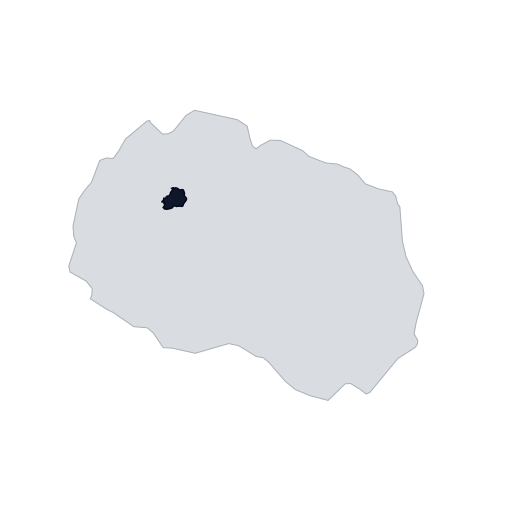 Oslomej, Oslomej, North Macedonia (highlighted), rotated 36°
{"feature_id": "65306769B21440943325425", "entity_name": "Oslomej", "entity_type": "district", "adm_level": 2, "iso_a3": "MKD", "parent_name": "North Macedonia", "parent_adm1": "Oslomej", "projection": "robinson", "projection_center": [21.017, 41.59], "detail": "fine", "context": "in_parent", "style": "filled", "palette": "ink", "viewbox_px": 512, "rotation_deg": 36, "n_neighbors": 0, "source": "geoboundaries", "source_scale": "gbopen_adm2", "svg_char_len": 1779}
<svg xmlns="http://www.w3.org/2000/svg" viewBox="0 0 512 512"><g transform="rotate(36 256 256)"><path d="M232.3,143.4L240.2,144.3L257.5,139.8L268.2,133.6L273.6,132.7L280.9,130.3L291.3,130.7L301.9,133.4L315.4,129.8L328.6,124.0L333.9,125.5L339.7,130.4L343.5,131.7L365.6,157.8L377.7,168.3L391.9,176.3L408.2,182.2L414.1,187.8L424.6,215.5L429.7,226.1L436.5,229.2L438.2,232.2L438.6,236.2L431.0,255.7L428.3,299.4L426.3,302.9L418.2,302.7L407.4,303.6L403.3,307.0L399.2,330.5L381.9,337.2L366.2,341.0L352.9,340.1L329.5,334.6L321.8,334.0L315.3,337.1L294.5,338.8L285.4,342.9L264.0,370.4L242.2,379.9L234.8,384.7L218.1,378.6L210.2,378.0L198.7,385.0L173.4,385.7L166.6,386.9L147.1,388.0L146.3,384.2L142.7,378.7L133.6,376.1L115.1,378.3L110.5,374.3L103.0,350.9L97.0,347.2L90.3,339.3L79.1,314.0L78.8,302.9L79.6,293.2L73.4,270.5L77.3,264.7L83.1,261.1L83.2,252.0L81.6,238.1L88.5,210.8L90.4,208.8L92.1,210.1L108.7,212.3L113.0,208.8L115.8,203.4L116.7,183.5L120.6,174.3L160.8,156.7L172.5,156.1L181.6,164.1L188.8,169.3L193.1,169.1L194.6,163.9L199.5,153.9L207.7,148.2L232.1,143.3L232.3,143.4Z" fill="#d9dde1" stroke="#a8b0b8" stroke-width="1"/><path d="M166.9,259.4L167.4,258.6L166.7,256.3L166.7,251.4L165.7,250.1L163.0,249.5L162.0,248.7L161.2,247.2L159.7,246.1L158.3,245.3L157.1,245.7L156.8,246.6L155.7,247.1L154.6,247.5L152.7,247.4L151.0,248.0L150.1,249.2L148.9,249.4L148.1,250.6L149.5,250.5L149.2,251.1L149.7,252.8L149.5,254.8L150.0,255.5L150.3,257.4L150.1,258.9L148.9,259.8L149.5,261.1L148.8,261.2L149.1,261.7L148.2,263.2L147.5,263.4L148.4,265.5L147.9,267.1L148.3,267.5L150.2,266.3L150.5,266.9L151.2,267.0L151.0,267.6L151.7,267.5L152.5,270.1L152.4,271.3L154.4,271.7L156.7,270.4L159.7,266.8L160.2,263.4L162.5,262.7L164.3,261.0L166.9,259.4Z" fill="#0f172a" stroke="#020617" stroke-width="1.5"/></g></svg>